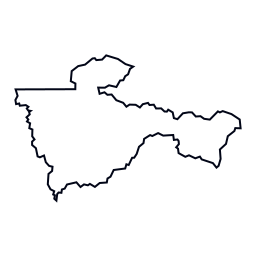 the district of Chiriguaná, Cesar, Colombia
{"feature_id": "7082276B64056915020692", "entity_name": "Chiriguaná", "entity_type": "district", "adm_level": 2, "iso_a3": "COL", "parent_name": "Colombia", "parent_adm1": "Cesar", "projection": "orthographic", "projection_center": [-73.541, 9.425], "detail": "medium", "context": "isolated", "style": "outline", "palette": "ink", "viewbox_px": 256, "rotation_deg": 0, "n_neighbors": 0, "source": "geoboundaries", "source_scale": "gbopen_adm2", "svg_char_len": 1834}
<svg xmlns="http://www.w3.org/2000/svg" viewBox="0 0 256 256"><path d="M15.4,100.0L16.1,104.1L19.2,103.5L19.8,105.7L25.8,105.1L28.4,106.8L26.8,108.5L28.2,110.5L30.6,110.9L29.1,112.0L29.7,114.4L26.5,117.3L28.3,119.5L27.0,121.5L30.1,123.3L29.3,128.2L32.4,129.5L32.2,136.3L34.5,139.4L32.1,141.6L32.1,145.0L35.9,148.2L37.6,156.4L39.9,157.3L44.0,155.5L45.8,162.2L49.1,165.9L52.5,166.7L52.1,171.0L48.5,173.9L47.8,184.3L50.5,189.3L54.2,191.2L53.2,194.5L54.9,195.3L54.3,198.7L56.4,200.6L57.2,194.1L58.6,192.5L61.4,192.8L61.9,189.5L64.7,188.6L67.0,184.5L76.4,182.3L80.5,187.0L84.0,184.4L87.9,185.3L89.9,183.9L94.9,186.9L99.7,183.0L106.8,182.5L107.5,178.5L110.5,176.7L113.7,170.0L125.2,168.5L126.4,164.3L128.7,165.0L132.1,157.8L134.2,157.7L136.7,153.9L139.0,146.8L143.5,143.1L144.1,138.9L150.1,135.1L152.3,136.0L158.1,133.1L163.2,135.6L173.2,135.0L173.9,139.9L177.5,139.5L178.6,141.0L178.9,144.1L176.2,147.3L178.0,148.6L178.6,153.1L185.3,156.8L189.0,155.3L195.3,158.3L199.9,156.6L201.7,159.4L212.9,163.1L216.5,167.6L218.6,165.8L220.6,158.9L219.9,149.5L226.0,143.9L227.8,136.2L234.4,131.0L235.3,128.1L240.6,128.3L239.7,119.5L231.5,114.1L222.7,111.1L219.9,112.4L217.9,111.4L209.8,119.6L204.1,118.8L200.5,116.2L195.8,116.5L192.0,112.4L188.9,112.3L182.9,113.3L177.4,119.2L173.9,118.1L172.7,112.4L168.2,109.7L166.9,111.6L164.5,111.5L161.2,108.4L156.1,108.5L153.8,104.7L149.5,105.0L148.0,102.9L142.8,104.2L139.9,107.5L135.7,104.8L129.6,104.6L126.4,106.7L123.2,102.8L116.3,100.2L111.6,94.5L107.4,94.8L104.5,92.3L99.6,93.8L98.2,87.6L104.9,87.7L109.0,85.3L116.4,87.0L120.1,80.5L123.3,80.2L125.2,76.2L128.1,74.3L130.0,68.9L133.2,66.6L125.5,64.1L118.0,59.0L106.2,55.4L102.1,59.6L96.3,60.1L94.8,58.2L92.5,58.5L85.1,64.6L78.2,66.1L71.7,71.1L70.8,81.2L75.4,83.5L75.3,89.2L15.6,89.4L17.6,95.9L15.4,100.0Z" fill="none" stroke="#020617" stroke-width="2"/></svg>